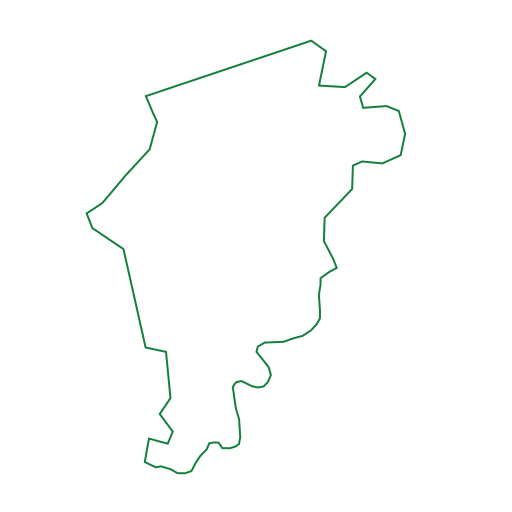 Saykhunabad, Sirdaryo, Uzbekistan, rotated 83°
{"feature_id": "79887680B2941590396585", "entity_name": "Saykhunabad", "entity_type": "district", "adm_level": 2, "iso_a3": "UZB", "parent_name": "Uzbekistan", "parent_adm1": "Sirdaryo", "projection": "orthographic", "projection_center": [68.922, 40.647], "detail": "fine", "context": "isolated", "style": "outline", "palette": "green", "viewbox_px": 512, "rotation_deg": 83, "n_neighbors": 0, "source": "geoboundaries", "source_scale": "gbopen_adm2", "svg_char_len": 1212}
<svg xmlns="http://www.w3.org/2000/svg" viewBox="0 0 512 512"><g transform="rotate(83 256 256)"><path d="M101.6,340.8L111.0,337.8L137.2,348.6L160.3,375.8L184.6,401.9L193.1,418.9L208.4,415.0L233.0,386.7L333.4,376.7L340.2,357.0L386.6,358.2L401.1,370.8L420.2,360.0L431.5,366.5L424.2,384.5L446.9,391.5L453.5,381.3L453.2,376.0L457.1,367.0L462.0,360.3L463.0,352.8L461.6,346.3L453.3,340.6L447.7,335.7L441.8,328.4L436.2,325.2L435.9,320.5L436.7,315.9L442.6,312.8L443.6,305.3L442.7,300.0L440.6,295.8L433.8,293.7L416.0,292.7L405.0,294.5L391.7,294.9L390.0,294.8L383.7,295.1L380.9,293.2L378.7,290.7L378.4,285.5L384.7,276.0L386.7,270.3L386.4,264.4L382.6,259.6L375.9,255.7L367.8,257.0L360.8,261.3L351.2,267.2L348.1,266.0L346.1,265.2L343.0,258.0L344.5,239.5L344.1,237.2L342.7,231.3L341.4,223.1L341.0,219.6L336.3,210.1L330.8,203.9L325.9,200.2L318.4,199.2L304.1,198.4L299.5,197.6L292.7,195.5L285.9,194.6L280.6,185.0L277.6,177.3L268.1,179.8L249.5,186.8L226.4,183.2L201.2,152.4L178.1,148.8L175.1,139.2L179.5,119.3L173.5,100.1L152.9,93.1L129.5,96.6L123.1,108.1L122.0,131.6L110.3,133.4L94.9,116.0L87.5,123.9L99.2,147.0L94.5,172.7L61.3,161.5L49.0,175.0L83.9,345.8L101.6,340.8Z" fill="none" stroke="#15803d" stroke-width="2"/></g></svg>